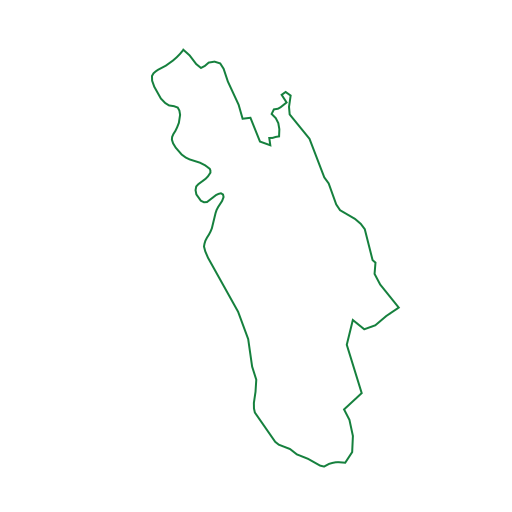 map outline of La Spezia (Albers equal-area conic projection), rotated 206°
{"feature_id": "ITA-5370", "entity_name": "La Spezia", "entity_type": "Province", "adm_level": 1, "iso_a3": "ITA", "parent_name": "Italy", "parent_adm1": "", "projection": "albers", "projection_center": [9.818, 44.235], "detail": "fine", "context": "isolated", "style": "outline", "palette": "green", "viewbox_px": 512, "rotation_deg": 206, "n_neighbors": 0, "source": "natural_earth", "source_scale": "10m", "svg_char_len": 1808}
<svg xmlns="http://www.w3.org/2000/svg" viewBox="0 0 512 512"><g transform="rotate(206 256 256)"><path d="M411.7,409.5L403.6,407.2L393.9,402.3L387.9,400.9L385.3,404.4L383.3,409.1L378.5,412.5L372.6,413.4L367.2,410.1L357.8,400.5L337.9,384.3L328.2,373.5L321.6,377.8L302.6,360.6L291.7,361.8L295.8,367.9L293.0,369.3L290.3,371.8L287.7,373.6L290.6,380.2L294.2,385.2L298.7,388.6L304.2,390.5L304.2,395.6L300.8,398.0L299.1,400.5L295.8,407.4L303.6,412.1L301.3,416.4L295.2,415.4L291.7,404.5L287.8,398.0L259.3,384.8L229.1,356.6L222.5,353.1L206.5,337.5L200.5,334.0L183.1,332.7L175.9,330.8L170.0,327.8L149.4,303.4L145.7,302.4L141.6,291.9L131.9,284.8L105.1,272.2L112.5,259.4L118.4,246.0L126.6,237.6L140.9,240.9L135.5,216.0L100.9,179.1L109.6,156.7L100.2,149.7L90.0,136.7L83.6,121.9L85.2,109.3L91.6,106.8L94.0,105.5L96.5,103.6L99.2,101.2L102.5,96.6L106.5,95.7L120.4,96.5L132.3,95.6L140.7,97.4L152.8,96.4L157.3,97.4L188.4,114.8L191.0,118.1L193.5,123.0L196.9,133.7L201.5,144.9L211.0,154.9L226.6,177.9L247.6,198.0L298.4,233.4L303.6,237.9L306.9,241.7L307.7,244.5L308.2,247.6L308.1,251.1L307.7,254.6L307.6,258.1L307.8,261.5L311.2,277.0L311.6,280.1L311.5,283.5L310.6,290.6L311.0,294.8L312.6,296.8L315.0,297.0L316.9,295.4L318.6,293.3L323.7,283.0L326.3,281.5L329.8,281.5L336.6,285.2L339.2,288.7L340.2,292.3L339.3,295.3L335.1,303.4L334.1,306.5L333.5,310.9L334.5,312.9L335.8,314.1L341.5,315.2L347.3,315.3L358.1,313.7L362.3,313.7L367.3,314.6L375.7,318.2L379.9,320.9L382.6,323.7L383.6,326.3L383.7,329.6L383.3,332.9L383.3,337.0L383.7,341.9L386.1,349.6L388.6,353.1L391.4,355.1L395.4,354.7L400.2,353.2L404.7,353.7L410.5,355.8L421.6,363.5L426.2,368.0L428.4,372.2L428.2,375.3L427.1,377.9L425.7,380.4L420.5,387.5L416.3,395.3L414.4,399.8L412.9,404.3L411.9,408.3L411.7,409.4L411.7,409.5Z" fill="none" stroke="#15803d" stroke-width="2"/></g></svg>